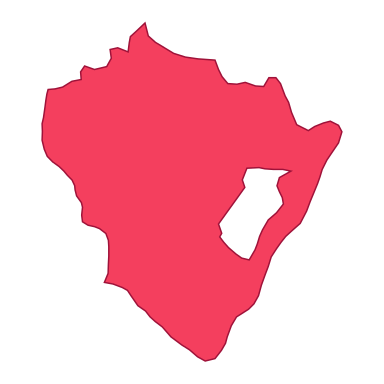 Trikomo, Cyprus (Natural Earth projection)
{"feature_id": "46923920B71155103656071", "entity_name": "Trikomo", "entity_type": "district", "adm_level": 2, "iso_a3": "CYP", "parent_name": "Cyprus", "parent_adm1": "", "projection": "natural_earth1", "projection_center": [33.897, 35.288], "detail": "fine", "context": "isolated", "style": "filled", "palette": "rose", "viewbox_px": 384, "rotation_deg": 0, "n_neighbors": 0, "source": "geoboundaries", "source_scale": "gbopen_adm2", "svg_char_len": 1841}
<svg xmlns="http://www.w3.org/2000/svg" viewBox="0 0 384 384"><path d="M145.0,23.0L135.6,31.9L130.4,36.6L129.3,42.5L128.1,51.9L117.7,47.8L110.1,49.5L111.3,58.3L106.7,66.6L94.5,69.5L84.6,66.0L80.6,71.9L81.2,79.5L71.9,81.3L62.6,87.1L55.1,88.9L48.1,89.5L46.9,94.0L45.8,100.8L45.0,107.1L43.5,117.7L42.1,123.7L42.4,131.6L42.1,140.2L44.3,149.3L47.3,156.4L52.8,162.0L59.1,166.5L63.9,171.1L67.3,175.2L72.1,180.1L74.7,185.7L75.1,189.9L76.6,195.9L81.4,202.6L82.5,207.2L81.7,215.1L82.5,221.8L88.0,225.2L94.7,226.7L99.5,228.6L105.9,233.5L108.4,240.3L108.8,246.6L108.8,256.1L108.4,264.3L108.1,273.4L104.4,282.4L113.0,284.0L122.3,287.5L127.5,290.4L131.0,295.7L137.9,305.7L145.5,311.0L150.1,316.9L155.3,321.6L162.3,326.9L171.0,336.9L182.0,345.1L189.5,349.8L197.6,356.8L205.2,361.0L215.0,358.6L221.4,350.4L225.5,343.3L227.2,336.9L231.3,325.7L236.5,316.9L248.6,309.2L253.9,303.9L258.5,295.7L261.4,285.1L265.4,274.0L268.3,266.3L271.2,256.9L276.5,248.7L281.1,242.2L285.7,236.4L291.5,231.1L300.2,223.4L306.6,211.1L310.1,201.7L313.5,193.5L317.6,183.5L319.9,177.0L322.2,169.4L326.9,160.0L332.1,152.3L338.5,142.9L341.9,131.8L338.5,125.3L330.3,121.2L323.4,123.0L314.7,126.5L308.3,130.6L296.7,124.7L291.5,112.4L288.6,102.4L285.1,95.9L280.5,83.6L275.9,77.7L268.9,77.7L263.7,86.5L255.6,86.0L245.2,82.4L237.0,84.2L227.8,83.6L222.0,76.6L218.5,69.5L215.0,60.1L198.1,58.9L185.4,57.1L173.7,53.4L155.5,42.4L148.3,36.0L145.0,23.0ZM259.1,167.6L264.9,168.8L273.6,169.4L282.8,169.4L290.9,171.1L279.4,177.6L277.0,185.8L279.4,191.7L282.3,197.6L283.4,204.0L276.5,212.8L268.3,219.9L262.5,229.9L259.6,236.4L257.3,244.0L255.0,249.9L249.2,259.9L241.7,258.1L235.9,254.0L228.4,247.5L223.7,242.2L219.7,236.9L221.7,233.3L218.5,224.0L226.1,213.4L229.5,208.7L233.4,203.3L238.5,196.2L244.8,187.4L242.3,179.9L246.9,168.2L259.1,167.6Z" fill="#f43f5e" stroke="#9f1239" stroke-width="1.5"/></svg>